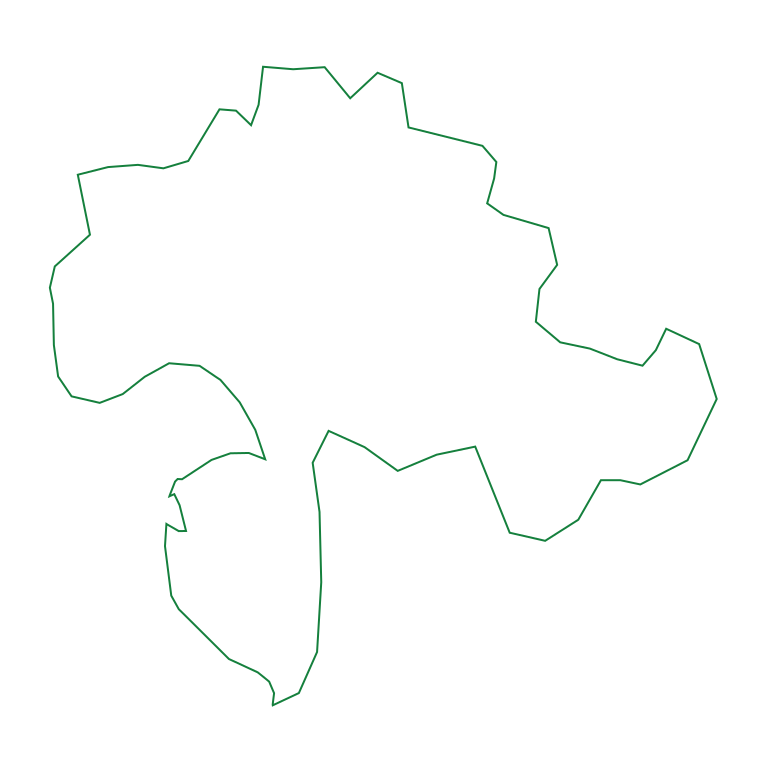 the District of Anenii Noi, rotated 179°
{"feature_id": "MDA-1629", "entity_name": "Anenii Noi", "entity_type": "District", "adm_level": 1, "iso_a3": "MDA", "parent_name": "Moldova", "parent_adm1": "", "projection": "orthographic", "projection_center": [29.256, 46.95], "detail": "fine", "context": "isolated", "style": "outline", "palette": "green", "viewbox_px": 768, "rotation_deg": 179, "n_neighbors": 0, "source": "natural_earth", "source_scale": "10m", "svg_char_len": 1320}
<svg xmlns="http://www.w3.org/2000/svg" viewBox="0 0 768 768"><g transform="rotate(179 384 384)"><path d="M440.2,338.1L456.7,306.5L450.7,257.2L450.2,186.9L455.6,117.2L474.5,76.5L500.8,64.7L500.9,65.4L499.3,76.8L504.0,88.4L508.2,92.0L515.3,97.9L543.8,111.7L544.1,112.0L584.3,153.4L593.1,162.4L600.4,176.1L605.8,225.7L604.0,247.9L602.8,247.1L591.8,240.5L584.5,240.5L590.5,266.4L595.6,277.5L595.9,277.4L600.5,275.5L600.2,276.4L594.6,290.1L592.0,292.6L587.6,292.3L557.8,311.1L538.7,317.4L520.4,317.4L504.1,310.8L513.5,340.4L528.6,368.2L547.5,391.0L551.3,393.6L568.1,405.4L598.5,408.5L623.1,395.4L645.4,378.5L668.6,370.1L696.6,377.1L696.9,377.6L699.2,381.1L709.7,397.2L713.4,428.7L713.5,470.0L716.4,486.1L711.1,507.3L675.4,538.4L686.5,598.6L656.1,605.7L626.2,607.4L600.8,603.5L575.8,610.4L543.7,661.5L527.2,659.9L512.4,645.1L504.5,665.4L499.4,703.3L469.3,700.3L437.8,701.8L412.8,670.3L385.0,695.3L360.9,684.5L355.0,640.1L281.4,620.4L267.8,604.0L270.3,587.6L277.7,562.8L261.6,551.0L216.7,537.0L208.8,500.1L226.9,476.3L231.1,443.6L207.1,422.6L177.5,415.8L150.5,404.7L125.2,397.8L111.6,413.1L100.9,434.3L68.2,418.4L51.6,363.2L81.8,302.5L129.5,279.1L149.4,283.7L168.8,284.0L192.1,244.9L225.6,224.4L260.9,233.1L293.9,319.8L332.6,312.4L371.8,296.9L404.5,321.2L440.2,338.1Z" fill="none" stroke="#15803d" stroke-width="2"/></g></svg>